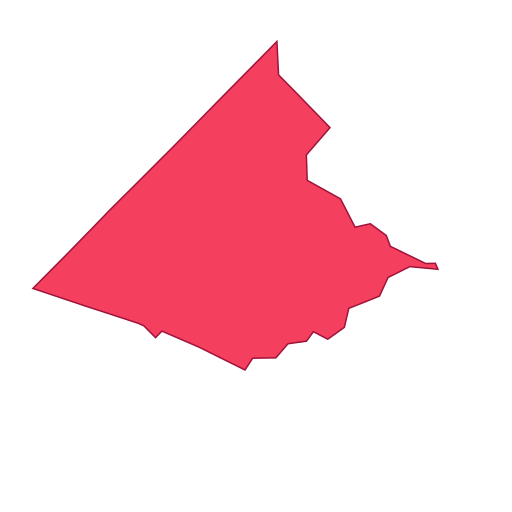 outline of Cherokee, South Carolina, United States of America, rotated 312°
{"feature_id": "52423323B2982594216676", "entity_name": "Cherokee", "entity_type": "district", "adm_level": 2, "iso_a3": "USA", "parent_name": "United States of America", "parent_adm1": "South Carolina", "projection": "albers", "projection_center": [-81.606, 35.012], "detail": "fine", "context": "isolated", "style": "filled", "palette": "rose", "viewbox_px": 512, "rotation_deg": 312, "n_neighbors": 0, "source": "geoboundaries", "source_scale": "gbopen_adm2", "svg_char_len": 793}
<svg xmlns="http://www.w3.org/2000/svg" viewBox="0 0 512 512"><g transform="rotate(312 256 256)"><path d="M367.9,400.1L370.6,394.2L363.9,387.0L353.1,349.4L358.4,339.1L356.5,319.4L343.7,310.3L355.0,280.6L346.5,243.4L364.8,225.8L400.9,225.1L404.2,176.2L405.7,151.6L429.4,128.0L375.5,125.5L370.8,125.3L364.7,125.0L342.8,124.0L342.3,124.0L307.5,122.5L282.6,121.4L259.9,120.2L238.2,119.1L214.9,117.8L190.7,116.5L175.5,116.0L155.3,115.2L152.4,115.1L132.1,114.3L82.8,111.9L82.6,111.9L104.5,162.4L110.4,175.6L127.2,213.6L129.1,219.4L128.7,225.7L128.1,236.0L137.2,236.3L150.1,274.6L163.9,324.1L177.8,321.9L193.6,338.9L212.2,338.5L226.5,350.5L238.1,349.3L242.2,365.0L262.1,369.4L279.2,360.0L308.8,374.6L328.4,368.5L351.0,377.4L367.9,400.1Z" fill="#f43f5e" stroke="#9f1239" stroke-width="1.5"/></g></svg>